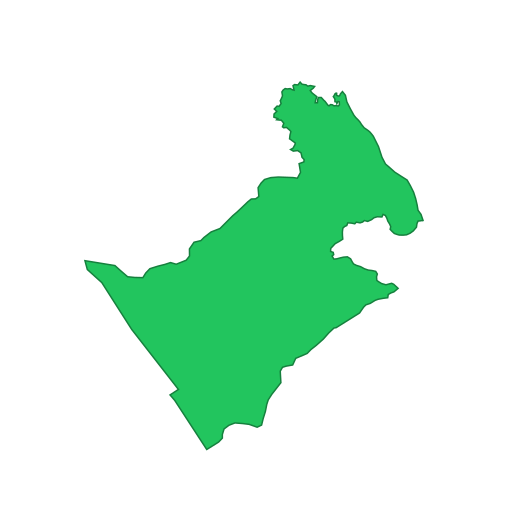 outline of Jasin, Melaka, Malaysia, rotated 218°
{"feature_id": "92858781B12493975333595", "entity_name": "Jasin", "entity_type": "district", "adm_level": 2, "iso_a3": "MYS", "parent_name": "Malaysia", "parent_adm1": "Melaka", "projection": "orthographic", "projection_center": [102.436, 2.295], "detail": "fine", "context": "isolated", "style": "filled", "palette": "green", "viewbox_px": 512, "rotation_deg": 218, "n_neighbors": 0, "source": "geoboundaries", "source_scale": "gbopen_adm2", "svg_char_len": 3464}
<svg xmlns="http://www.w3.org/2000/svg" viewBox="0 0 512 512"><g transform="rotate(218 256 256)"><path d="M175.7,73.2L170.9,86.4L170.4,91.8L172.6,94.6L174.7,100.0L173.1,106.0L169.8,111.5L163.3,115.8L157.8,119.1L149.7,121.8L147.5,126.2L150.2,132.2L152.9,139.3L156.2,145.8L157.8,150.2L158.4,156.7L158.4,165.5L158.4,171.5L162.7,176.4L166.0,180.2L166.6,184.6L164.4,187.8L160.0,192.7L161.7,199.8L155.7,210.7L155.1,216.2L153.5,222.7L151.8,232.0L151.3,240.2L150.2,247.3L148.7,248.9L139.3,274.9L139.5,278.0L139.7,282.1L139.3,285.2L136.8,289.0L134.8,294.4L133.2,297.0L131.2,299.3L129.4,301.3L126.5,304.2L128.1,307.1L127.0,309.8L125.2,312.7L124.1,318.0L130.1,318.5L132.3,318.0L135.9,313.3L140.1,311.6L142.8,311.3L145.7,311.1L148.2,313.8L149.3,316.5L152.2,317.6L155.6,316.0L158.9,314.0L162.7,312.7L167.0,312.0L171.2,310.4L174.3,309.8L176.8,310.7L179.7,312.0L183.5,311.6L186.4,308.9L188.6,306.2L190.6,303.5L192.7,301.5L196.0,302.8L195.6,304.9L197.4,306.4L200.0,305.5L201.8,308.0L201.2,314.5L199.4,318.7L198.0,322.7L200.5,325.4L202.7,328.1L204.7,331.4L204.3,333.9L203.2,335.9L204.1,338.6L201.2,340.6L198.0,342.2L197.8,344.4L194.4,346.2L192.9,348.4L192.4,350.7L189.3,352.0L187.3,355.8L186.6,358.7L184.6,361.6L182.6,363.0L180.8,364.3L181.5,367.0L179.0,367.6L176.1,366.3L173.7,364.7L170.3,363.4L167.9,362.1L166.7,359.6L164.1,359.2L160.9,358.9L158.2,359.8L156.0,360.7L152.7,363.2L150.4,365.4L148.6,368.8L147.5,372.6L147.3,377.5L149.1,380.6L149.8,383.3L148.4,384.6L146.6,386.6L145.7,386.5L151.6,390.4L156.5,391.8L160.3,395.3L165.5,399.5L171.1,403.3L177.8,406.5L183.7,408.9L190.7,408.2L198.4,407.5L204.0,407.9L210.6,408.2L217.6,411.4L226.8,417.6L237.3,422.6L239.6,423.2L242.4,423.8L244.4,423.9L246.9,423.8L249.7,423.6L253.9,424.6L256.6,425.6L259.2,426.1L262.6,426.5L265.5,427.2L272.3,430.1L279.3,433.4L284.5,437.7L289.1,438.8L289.3,435.8L288.8,433.8L289.3,432.9L291.4,432.2L292.6,433.9L293.2,433.7L293.6,432.5L293.2,430.4L293.2,429.2L291.9,428.8L290.3,428.1L288.8,426.2L287.3,426.9L286.1,425.9L286.6,428.2L285.3,428.8L283.3,426.4L283.5,424.9L285.9,423.5L286.9,422.4L289.1,422.1L290.5,421.2L290.9,419.3L292.1,419.1L297.0,420.4L298.1,420.4L302.2,421.1L304.4,419.3L303.7,417.3L301.9,414.6L303.7,413.2L304.8,415.2L306.2,419.0L312.0,419.0L315.1,419.7L314.2,423.5L314.2,425.7L318.2,423.7L319.8,421.7L322.0,421.7L323.8,420.6L325.6,419.7L328.3,420.2L328.3,419.5L328.3,416.6L331.2,414.8L331.7,413.0L328.1,410.1L329.6,409.4L332.1,409.0L334.3,406.8L336.1,405.9L336.8,403.4L336.6,401.2L333.9,398.7L333.4,397.6L332.5,393.8L332.5,393.3L330.1,391.6L329.9,388.2L331.7,387.1L332.1,383.1L328.7,382.8L329.2,379.0L327.4,376.4L323.4,377.7L323.6,376.1L321.6,377.3L319.6,378.6L315.8,377.7L314.7,374.1L313.1,374.1L311.1,376.1L306.6,375.9L305.1,375.5L303.7,372.3L301.7,369.0L296.3,369.2L294.6,369.2L293.9,367.9L293.2,363.8L294.3,361.2L291.2,361.6L288.1,364.7L284.1,365.0L282.3,363.6L280.5,362.1L277.4,361.6L276.2,359.6L278.9,355.3L272.4,349.3L271.3,342.8L275.1,340.6L284.9,333.5L287.1,331.9L292.6,326.9L296.4,321.5L296.9,316.6L296.4,311.1L290.4,304.6L291.5,300.8L294.8,298.0L295.8,293.7L296.9,286.0L298.0,278.9L299.1,273.5L301.3,255.5L306.2,247.3L308.4,238.6L308.9,234.2L313.3,228.7L312.8,220.6L308.4,215.1L308.4,209.7L313.8,200.4L319.3,198.2L322.6,193.3L326.9,187.8L331.8,180.7L332.4,174.7L331.8,169.3L338.4,164.4L344.4,160.6L354.2,161.1L361.3,161.6L387.9,147.0L380.6,141.5L361.1,140.1L308.7,121.6L235.0,103.1L238.2,93.6L231.2,92.2L175.7,73.2Z" fill="#22c55e" stroke="#15803d" stroke-width="1.5"/></g></svg>